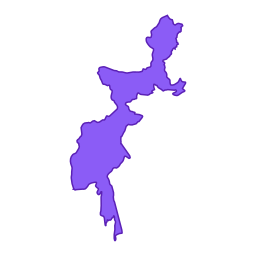 SVG path tracing the border of F.A.T.A.
{"feature_id": "PAK-1112", "entity_name": "F.A.T.A.", "entity_type": "Territory", "adm_level": 1, "iso_a3": "PAK", "parent_name": "Pakistan", "parent_adm1": "", "projection": "equal_earth", "projection_center": [70.829, 33.002], "detail": "fine", "context": "isolated", "style": "filled", "palette": "violet", "viewbox_px": 256, "rotation_deg": 0, "n_neighbors": 0, "source": "natural_earth", "source_scale": "10m", "svg_char_len": 5777}
<svg xmlns="http://www.w3.org/2000/svg" viewBox="0 0 256 256"><path d="M150.2,37.6L151.0,37.2L151.4,36.0L151.6,34.6L151.1,32.1L151.1,31.3L151.6,30.6L154.6,27.9L156.3,26.9L156.9,26.3L159.2,22.7L159.8,20.7L160.6,19.0L162.2,17.7L167.4,15.4L168.1,16.7L169.6,18.7L170.6,19.3L172.3,19.8L173.2,22.9L173.2,23.6L174.1,24.5L175.0,24.9L175.3,24.9L177.2,23.7L178.3,23.4L179.9,23.7L181.0,24.1L181.7,24.1L182.1,24.4L182.7,25.7L182.7,25.8L182.0,26.2L181.5,27.0L181.1,27.1L180.9,27.4L181.1,28.0L181.2,28.9L181.0,31.3L180.0,32.1L179.4,31.8L178.1,33.3L177.6,33.6L176.9,36.1L177.0,37.1L175.9,38.4L176.6,40.7L176.5,41.0L176.7,41.8L176.7,42.5L177.2,42.7L177.6,42.6L178.2,44.1L177.2,44.7L176.7,45.2L176.5,46.2L176.7,46.7L176.0,47.1L175.2,47.3L175.1,48.2L175.1,49.0L174.7,48.8L174.2,48.4L173.7,48.2L172.5,49.5L172.3,50.3L171.3,51.3L171.5,52.0L171.2,53.1L171.5,53.5L171.3,54.1L169.9,55.5L169.6,56.3L167.0,58.4L166.6,59.0L163.3,60.1L163.0,60.5L163.0,61.1L162.9,61.4L163.2,61.7L163.9,62.1L164.6,62.7L164.6,63.7L164.1,64.4L164.1,64.8L164.6,65.7L164.9,67.1L165.0,67.6L164.6,68.8L164.5,69.9L164.6,70.6L165.0,71.4L166.0,72.4L166.6,73.7L166.8,74.9L166.7,76.5L166.8,77.0L167.6,77.9L169.2,79.2L169.9,80.1L170.0,82.4L170.3,84.0L170.7,84.8L171.3,85.0L172.2,85.1L174.2,84.7L176.7,83.2L178.0,82.2L178.6,81.5L179.9,78.7L180.2,78.5L180.6,78.9L181.2,80.6L181.9,81.4L182.6,81.8L184.0,82.0L185.2,82.1L185.5,82.3L185.6,82.9L185.3,83.7L182.5,88.4L182.7,88.8L184.6,90.4L184.8,90.8L184.6,91.2L184.2,91.5L182.3,92.3L178.7,94.8L177.6,95.4L176.6,95.5L174.8,95.2L173.4,94.6L173.1,94.4L172.8,93.8L173.2,93.2L175.2,92.3L176.2,91.6L176.4,91.2L176.4,90.7L175.9,90.0L175.4,89.9L174.4,90.2L167.7,89.6L166.7,89.9L164.9,90.1L164.0,90.5L163.7,90.8L163.2,90.9L162.7,90.6L161.3,89.4L159.2,88.2L158.2,87.4L157.5,86.6L157.2,85.8L156.9,85.4L156.2,85.4L155.0,84.5L154.0,84.3L153.9,84.4L153.8,84.7L153.7,87.0L154.4,88.9L154.5,89.6L152.9,90.3L151.9,91.1L151.8,91.5L151.9,91.8L152.6,92.3L152.8,92.6L152.5,92.9L150.3,93.6L149.1,94.6L147.8,95.1L140.8,94.4L140.1,94.1L138.6,93.0L137.9,93.1L137.4,93.7L136.8,95.3L136.6,96.4L136.7,98.1L136.4,98.6L135.6,98.7L134.4,99.3L132.4,99.5L132.0,99.9L130.7,101.5L130.3,101.8L129.8,102.0L128.4,102.0L126.6,102.4L125.7,103.2L125.5,104.1L125.5,104.5L126.3,105.3L128.2,106.5L128.5,107.1L128.9,109.2L130.0,110.9L131.0,111.4L132.1,111.5L133.5,112.1L134.8,112.4L134.9,112.5L134.6,113.6L134.8,114.0L139.4,114.6L142.0,115.6L142.4,115.9L142.6,116.4L142.5,116.8L141.8,118.0L139.0,121.5L137.7,121.9L136.3,123.6L135.3,124.0L132.1,124.9L130.0,124.8L128.4,124.4L127.5,125.1L126.9,125.7L126.2,126.2L124.8,130.8L123.6,132.7L121.9,136.2L121.6,136.6L121.1,136.6L120.9,137.0L120.8,140.1L121.0,141.8L120.8,143.7L121.5,143.9L122.2,145.1L129.7,155.8L130.1,157.3L130.1,157.8L129.4,158.3L128.9,158.3L126.0,156.4L125.1,156.2L124.6,156.4L124.1,157.5L123.5,159.7L123.0,160.9L122.0,162.2L120.4,163.8L119.3,165.8L118.1,167.0L116.7,167.9L116.1,168.0L115.2,167.7L113.8,167.9L113.3,168.2L112.8,168.7L112.3,169.9L111.4,171.3L109.5,172.8L108.5,173.8L107.5,175.2L107.4,175.6L107.2,176.9L108.6,179.3L109.3,181.3L109.6,183.4L110.1,184.5L111.8,186.1L113.5,192.5L113.6,195.1L113.3,196.9L113.7,200.3L114.5,202.0L121.8,230.0L122.1,232.5L121.9,233.2L119.5,233.5L117.3,234.4L115.7,235.4L115.5,235.7L115.4,236.3L115.8,238.4L115.8,239.3L115.4,240.4L115.1,240.6L114.9,240.6L114.6,240.2L114.2,238.3L114.2,236.9L114.2,234.5L114.9,229.5L114.8,225.6L115.5,222.5L115.5,221.8L115.4,221.1L114.7,220.0L114.6,219.4L114.5,218.6L114.5,217.2L114.4,216.6L114.0,216.0L113.8,215.9L112.8,217.6L111.9,218.1L111.1,219.6L110.6,220.0L110.3,220.1L109.2,220.0L108.6,220.5L108.4,220.6L108.2,220.5L107.8,220.1L107.4,220.0L106.9,221.9L106.2,222.8L106.1,223.2L105.9,224.3L105.9,225.5L105.7,225.6L105.2,225.1L104.3,217.8L103.6,216.4L103.2,216.1L102.5,216.0L101.0,215.3L100.5,214.8L100.4,214.2L100.4,212.8L100.9,210.8L101.1,207.0L101.2,205.7L101.1,197.6L101.2,196.3L101.5,195.3L101.7,191.9L101.4,191.7L101.0,191.8L99.9,193.9L98.9,194.6L98.6,194.6L98.1,194.4L97.3,193.3L97.1,192.6L97.1,192.1L98.3,189.6L98.4,189.0L98.2,188.5L96.6,187.3L95.7,186.2L95.6,185.8L95.7,185.4L96.4,183.5L96.5,182.7L96.4,182.4L95.1,182.2L91.4,183.0L89.3,184.0L88.6,184.6L87.5,186.5L86.0,188.2L85.3,188.8L83.8,189.2L83.0,189.1L76.4,189.6L75.5,189.9L74.9,189.9L74.6,189.3L73.4,189.2L73.6,188.9L73.5,188.1L72.1,183.7L71.3,178.1L71.3,176.9L71.7,174.4L71.7,171.9L72.1,168.2L71.9,166.9L70.8,163.7L70.4,161.2L70.6,158.7L71.4,156.5L72.8,154.6L73.7,154.0L75.5,153.3L76.3,152.6L78.6,148.7L79.1,147.5L79.3,146.8L78.9,144.9L78.7,143.4L77.6,142.7L77.3,142.3L77.1,141.8L77.0,140.7L77.5,139.9L79.0,138.7L80.1,137.0L81.4,135.8L81.9,134.1L81.1,127.7L82.0,125.8L83.1,124.1L84.6,123.1L86.4,122.8L87.3,122.8L88.7,122.5L89.9,122.9L90.7,122.7L92.7,121.1L94.4,120.7L97.3,122.4L99.2,122.2L102.5,120.0L102.9,119.9L104.2,120.0L104.7,119.7L105.0,119.2L106.5,116.1L107.0,115.9L108.1,116.3L109.0,116.4L109.9,115.8L117.3,108.9L117.6,107.0L116.9,105.2L114.6,102.3L114.1,100.9L113.8,100.6L112.2,99.9L111.6,99.0L111.2,98.0L111.1,96.9L111.2,95.8L112.1,92.1L112.1,90.7L111.9,90.3L110.9,89.7L110.3,89.0L110.0,88.1L109.7,85.8L109.2,85.2L107.4,85.6L105.0,84.4L103.3,84.2L102.7,83.7L101.5,80.6L100.5,78.9L100.1,78.0L99.5,75.8L99.2,75.0L97.9,73.6L97.6,72.8L99.0,71.1L99.1,70.2L98.9,69.3L99.0,68.4L99.7,67.6L100.9,67.2L103.2,66.8L104.7,66.9L114.1,70.5L116.6,70.8L118.1,71.6L118.9,71.9L122.4,72.0L126.0,72.9L127.3,73.0L133.1,72.0L139.0,72.1L142.1,71.4L142.9,69.7L143.1,69.0L143.5,68.9L144.7,69.3L145.5,69.4L146.1,69.1L146.6,68.6L147.1,67.8L150.2,67.0L150.8,66.3L151.0,65.2L150.9,63.3L151.3,62.2L152.5,60.6L152.8,59.9L152.9,58.5L152.3,55.3L152.3,54.2L153.6,50.2L153.4,48.8L150.3,46.9L149.0,45.5L147.7,43.8L146.8,42.3L146.4,41.3L146.2,40.0L146.2,38.7L146.7,37.7L147.5,37.3L148.4,37.3L150.2,37.6Z" fill="#8b5cf6" stroke="#5b21b6" stroke-width="1.5"/></svg>